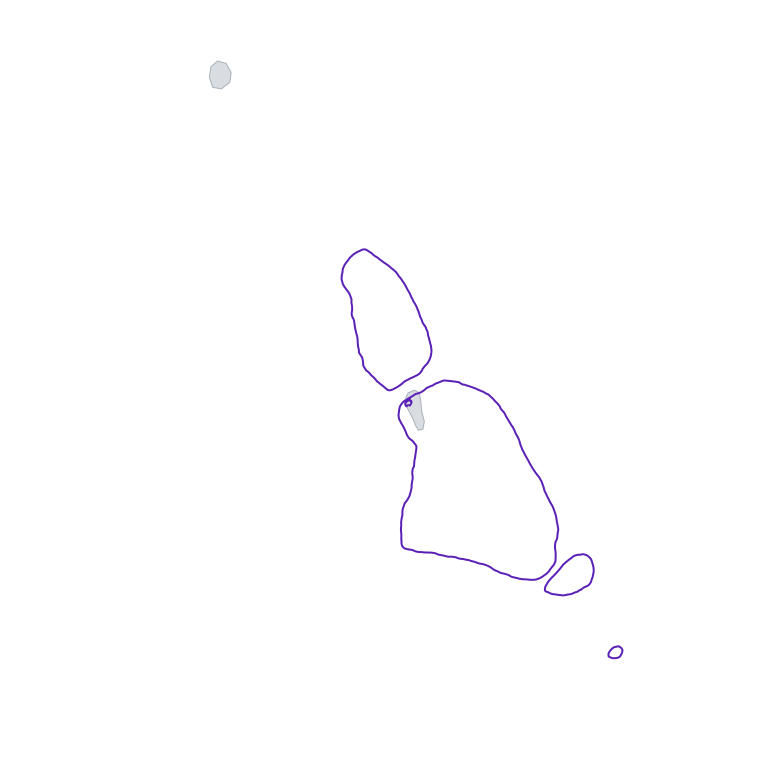 location of Male', Maldives, rotated 144°
{"feature_id": "70690204B31972615950169", "entity_name": "Male'", "entity_type": "district", "adm_level": 2, "iso_a3": "MDV", "parent_name": "Maldives", "parent_adm1": "", "projection": "orthographic", "projection_center": [73.47, 4.391], "detail": "fine", "context": "in_parent", "style": "outline", "palette": "violet", "viewbox_px": 768, "rotation_deg": 144, "n_neighbors": 0, "source": "geoboundaries", "source_scale": "gbopen_adm2", "svg_char_len": 6438}
<svg xmlns="http://www.w3.org/2000/svg" viewBox="0 0 768 768"><g transform="rotate(144 384 384)"><path d="M376.7,358.8L369.6,362.6L362.9,361.1L360.7,356.2L364.0,349.1L369.5,339.9L373.4,330.0L379.0,324.6L383.3,326.4L382.8,332.0L380.8,339.7L379.5,349.6L376.7,358.8ZM337.5,742.4L328.8,743.2L323.3,736.2L324.5,725.9L331.3,718.8L342.1,718.3L348.2,724.7L345.0,734.7L337.5,742.4Z" fill="#d9dde1" stroke="#a8b0b8" stroke-width="1"/><path d="M463.6,244.7L464.5,242.3L464.5,241.3L464.2,239.3L463.6,238.4L462.4,236.9L461.2,235.5L460.3,234.8L458.7,233.1L456.6,229.7L455.5,228.5L454.2,227.3L452.1,225.7L450.4,224.0L448.8,222.9L446.1,220.7L444.6,219.6L443.4,218.4L441.9,216.8L440.1,213.8L436.5,210.0L433.6,206.5L431.5,205.1L429.6,203.5L427.7,201.5L425.9,198.7L422.5,195.5L420.8,193.5L419.1,191.9L418.0,190.3L416.7,188.6L415.8,187.6L414.5,185.9L413.8,184.6L412.5,182.9L409.8,180.1L407.6,177.1L406.6,175.3L405.9,173.9L405.3,172.5L404.4,169.6L404.0,168.5L401.8,165.0L400.9,162.9L399.1,160.8L397.8,159.4L396.8,158.0L395.6,156.4L394.9,155.0L394.6,153.9L393.1,151.7L392.0,150.6L389.1,147.1L386.7,144.7L382.7,141.4L381.7,140.4L379.2,138.5L377.6,137.4L375.9,136.4L374.5,136.1L372.5,135.4L369.5,135.0L364.0,135.0L360.3,135.6L358.9,136.3L357.6,136.6L355.0,137.4L353.6,137.6L350.2,139.3L349.0,140.4L346.5,143.6L344.6,146.2L343.9,147.4L343.1,148.6L342.7,149.7L341.8,151.2L340.1,153.4L338.9,154.6L337.8,155.6L335.2,156.9L334.3,157.7L332.7,159.6L330.5,161.9L328.9,163.4L328.0,164.8L325.8,169.3L325.3,170.6L323.5,174.0L322.7,175.5L321.7,178.2L320.0,183.9L319.5,186.2L319.1,190.2L318.2,196.3L317.2,201.3L317.0,203.0L315.4,207.1L313.8,212.7L313.7,213.5L313.3,217.3L313.5,222.9L313.3,229.2L313.0,231.5L312.8,233.8L312.3,236.9L311.6,243.2L311.2,245.6L310.9,246.9L310.8,249.3L310.0,251.8L309.7,253.6L307.5,259.6L307.2,261.6L306.8,263.0L306.7,265.4L306.3,267.6L305.8,269.2L305.5,271.4L305.1,273.9L305.2,275.6L304.4,284.2L304.3,286.2L303.8,288.4L303.7,289.9L303.7,291.3L304.0,293.5L304.1,295.6L303.5,297.5L303.5,299.2L303.7,301.7L304.1,304.0L304.6,308.6L305.2,311.3L305.6,313.9L307.2,316.7L308.2,319.2L311.3,324.2L312.4,326.3L317.1,333.2L318.0,334.2L319.2,336.0L320.1,336.8L321.0,338.0L322.5,341.6L323.5,342.5L324.8,343.9L330.0,348.7L333.4,351.6L335.2,352.2L339.7,353.3L341.9,354.0L342.5,354.0L344.2,354.2L345.6,354.2L347.0,354.7L348.4,355.0L349.4,355.1L351.4,355.7L355.0,355.4L357.2,355.4L359.5,355.7L361.2,356.1L364.2,357.3L369.4,357.6L374.2,358.1L375.9,357.9L377.9,358.3L380.2,358.0L383.0,357.1L384.7,356.2L386.8,354.3L388.6,352.3L390.1,350.9L391.2,349.2L392.3,346.9L393.1,342.4L393.2,340.1L393.5,337.7L394.0,334.8L395.3,329.5L395.6,327.5L395.5,324.7L394.7,322.5L394.2,319.9L394.3,318.4L394.1,316.2L394.5,314.4L396.0,312.5L399.3,309.2L402.2,306.1L404.2,304.4L405.6,302.8L406.8,301.3L408.1,299.8L410.7,298.4L412.6,296.5L414.0,294.6L415.4,291.9L416.6,290.4L417.9,289.2L420.9,286.2L422.7,283.8L424.5,282.2L426.1,280.8L427.3,280.0L428.5,278.9L429.9,278.1L433.0,276.6L434.6,276.1L436.9,275.5L438.2,274.8L439.6,273.7L441.4,272.6L442.7,271.5L443.9,270.2L446.2,267.1L447.6,265.9L448.8,264.8L451.4,262.1L452.6,260.3L453.8,258.8L456.2,255.9L457.9,252.9L458.8,251.5L461.6,247.8L462.2,246.5L463.6,244.7ZM376.6,356.4L373.5,356.4L372.5,356.2L373.0,355.7L372.8,354.9L372.6,355.1L372.3,355.1L372.1,354.6L371.9,354.0L372.6,352.9L373.7,352.2L375.7,351.4L376.7,352.5L377.3,352.8L377.9,352.9L378.6,352.7L378.9,352.7L379.1,353.1L379.1,353.5L378.7,355.1L378.5,355.6L377.6,356.2L376.6,356.4ZM390.3,407.6L390.3,406.5L390.5,405.3L390.0,404.3L389.7,403.3L389.3,400.5L389.3,399.4L389.0,397.7L388.4,395.1L388.3,394.2L388.3,393.6L388.1,393.0L388.2,392.1L388.0,389.8L387.3,387.9L387.2,386.9L386.0,383.1L385.4,380.4L384.6,377.4L384.2,376.5L382.8,375.4L381.6,374.8L379.8,374.4L377.5,374.1L374.8,373.7L372.5,373.6L370.0,373.6L365.9,374.0L358.4,372.9L356.9,372.5L353.6,371.9L350.4,371.5L348.9,371.6L347.5,371.9L345.6,372.6L345.1,372.7L343.8,373.6L342.5,373.9L340.2,374.6L338.6,374.8L337.2,375.1L335.1,375.8L332.0,377.5L329.5,379.3L327.3,381.5L326.2,382.8L325.5,383.8L324.9,385.0L323.5,387.4L323.1,388.8L322.1,391.2L321.2,393.5L320.7,394.4L320.2,396.2L319.5,397.9L318.1,400.6L317.4,404.0L316.9,405.2L316.9,406.4L316.7,406.9L316.9,407.9L316.6,411.3L315.8,413.8L315.1,417.6L314.4,419.5L313.4,422.8L312.1,428.0L311.7,431.7L311.7,433.2L311.1,435.8L310.9,437.9L310.0,441.6L309.6,445.5L309.5,446.3L308.6,452.9L308.4,459.7L308.5,461.2L308.6,462.0L308.5,467.2L308.8,468.9L309.4,471.6L309.9,473.1L310.6,476.3L311.1,478.1L313.1,483.5L313.3,484.5L314.0,486.6L314.4,487.9L314.6,488.9L315.0,490.3L316.2,493.0L316.7,494.6L317.0,496.6L317.4,497.8L318.1,499.5L319.2,502.5L319.9,503.8L320.7,504.4L322.0,505.2L323.3,505.6L325.2,505.9L328.6,506.6L331.9,506.8L333.8,506.7L334.4,506.6L336.3,506.4L338.7,505.9L340.6,505.1L343.1,504.5L344.6,504.0L346.5,503.2L349.2,501.6L350.3,500.7L352.0,498.7L354.1,496.9L356.1,494.6L356.9,493.3L358.5,489.2L358.9,486.2L358.8,477.9L359.3,475.8L360.2,472.5L360.6,471.6L360.9,471.0L362.5,469.1L364.2,465.5L364.9,464.6L365.6,463.5L366.9,461.9L367.8,461.1L369.1,459.5L369.5,458.8L370.2,456.8L370.6,454.1L371.0,452.9L372.1,450.7L373.3,448.6L374.8,445.7L375.2,444.5L375.8,443.3L377.8,438.1L378.3,437.0L381.9,431.4L383.0,429.4L384.1,426.8L384.8,425.7L385.2,424.9L385.8,424.0L386.1,418.6L386.4,417.4L386.9,416.4L387.3,415.5L388.8,412.8L390.0,411.0L390.3,407.6ZM375.1,121.6L374.6,120.3L373.9,119.5L373.6,119.1L372.0,116.0L370.8,114.7L368.4,112.4L367.0,111.0L365.4,109.6L364.0,108.2L362.5,107.2L361.0,106.4L359.1,105.7L357.2,104.6L355.7,103.9L353.1,103.4L349.1,102.2L347.3,102.3L345.4,101.8L342.9,101.9L341.3,101.8L337.6,101.0L335.5,101.2L334.1,101.7L332.9,102.2L330.9,103.8L329.6,104.6L328.5,105.3L327.9,106.0L327.1,106.6L325.7,108.0L325.1,108.5L324.2,109.5L322.7,111.8L321.6,114.1L320.9,116.1L320.1,118.3L319.7,119.7L319.5,121.1L319.9,124.2L320.5,125.9L320.8,126.6L322.3,128.6L322.8,129.1L323.8,129.8L325.4,130.4L327.3,131.8L330.3,133.0L332.9,133.3L334.4,133.1L338.6,133.1L340.1,133.0L344.8,132.6L350.2,131.1L355.6,129.8L358.1,129.4L359.8,129.0L361.9,128.8L363.7,128.4L365.7,128.0L367.1,127.6L368.9,126.9L370.3,126.2L371.6,125.7L373.2,124.8L373.9,123.9L374.6,123.2L375.2,122.3L375.1,121.6ZM362.4,31.5L361.8,30.2L360.5,28.1L359.2,27.0L357.6,26.0L355.8,25.1L353.8,24.8L352.6,25.1L350.5,26.0L348.5,27.4L347.4,28.7L347.2,30.7L347.6,32.4L348.4,33.9L349.5,34.5L351.6,35.4L353.0,35.9L355.1,35.8L356.6,35.6L358.3,35.1L360.0,34.4L361.2,33.6L362.4,31.5Z" fill="none" stroke="#5b21b6" stroke-width="2"/></g></svg>